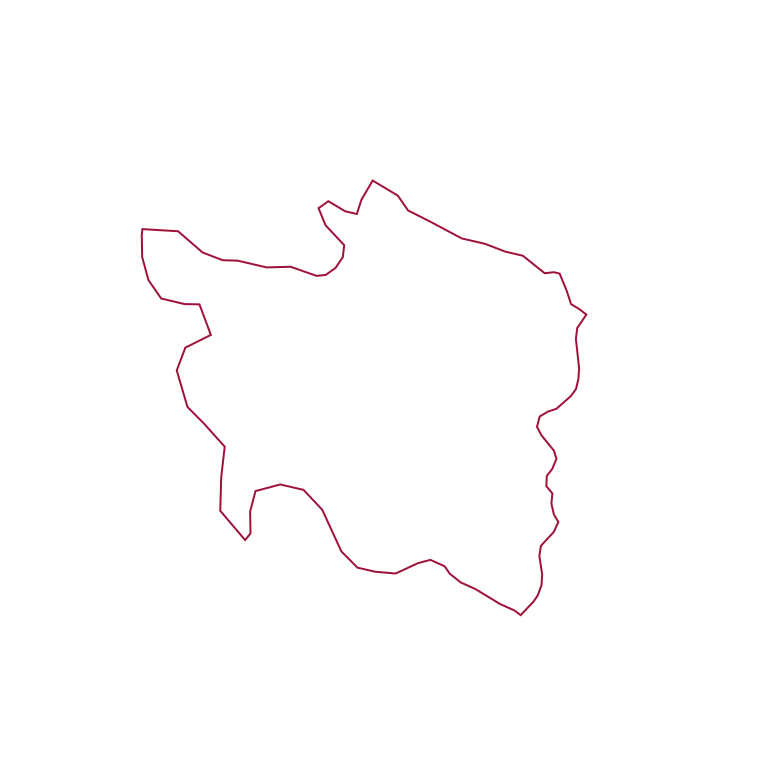 outline of Nyongbyon, P'yŏngan-bukto, North Korea, rotated 324°
{"feature_id": "82179303B72509498170942", "entity_name": "Nyongbyon", "entity_type": "district", "adm_level": 2, "iso_a3": "PRK", "parent_name": "North Korea", "parent_adm1": "P'yŏngan-bukto", "projection": "equal_earth", "projection_center": [125.784, 39.823], "detail": "fine", "context": "isolated", "style": "outline", "palette": "rose", "viewbox_px": 768, "rotation_deg": 324, "n_neighbors": 0, "source": "geoboundaries", "source_scale": "gbopen_adm2", "svg_char_len": 1378}
<svg xmlns="http://www.w3.org/2000/svg" viewBox="0 0 768 768"><g transform="rotate(324 384 384)"><path d="M460.5,555.6L461.8,554.0L470.0,551.7L479.5,545.9L482.3,537.8L481.2,518.0L482.6,508.6L490.8,501.8L500.4,502.7L509.0,505.4L528.1,503.6L536.4,500.9L544.2,494.2L551.0,486.1L565.7,460.4L573.2,452.3L588.5,446.8L586.1,438.4L582.3,429.4L586.6,415.9L591.0,397.9L587.1,393.4L579.1,388.8L575.4,375.3L571.7,361.8L559.9,348.2L548.2,330.1L532.5,312.0L517.1,280.4L505.5,257.8L505.9,239.8L494.4,212.7L490.4,214.5L474.2,221.6L461.9,230.5L454.1,221.4L446.4,203.4L434.4,203.3L430.0,221.2L433.4,248.3L425.2,257.2L413.0,261.6L401.0,261.5L393.0,256.9L377.4,234.3L357.6,220.7L338.0,198.1L326.2,189.0L314.5,170.9L307.2,139.4L279.6,116.7L278.3,118.1L275.5,121.2L263.0,139.1L254.5,161.5L254.0,183.9L269.6,202.1L281.5,211.1L272.8,242.5L244.7,237.8L224.3,251.2L211.5,287.1L215.0,309.6L218.3,341.1L197.7,363.5L177.0,390.3L179.9,428.6L188.2,426.4L200.7,408.5L217.1,395.1L241.0,404.3L256.7,422.4L260.1,449.5L255.6,471.9L251.1,494.4L254.6,517.0L266.4,530.6L282.1,544.2L306.2,548.9L318.1,553.5L325.9,567.0L325.7,576.1L329.4,589.6L337.2,603.2L341.0,612.2L348.6,630.3L356.4,643.9L358.7,651.3L376.9,648.0L384.1,645.4L393.0,639.5L399.8,631.4L408.7,614.3L415.9,607.1L434.4,603.5L444.0,598.1L444.7,589.5L449.1,579.2L455.9,571.5L455.3,562.1L460.5,555.6Z" fill="none" stroke="#9f1239" stroke-width="2"/></g></svg>